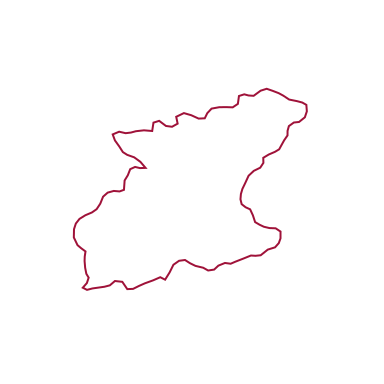 outline of São João do Oriente, Minas Gerais, Brazil, rotated 59°
{"feature_id": "56859067B69019136303684", "entity_name": "São João do Oriente", "entity_type": "district", "adm_level": 2, "iso_a3": "BRA", "parent_name": "Brazil", "parent_adm1": "Minas Gerais", "projection": "orthographic", "projection_center": [-42.171, -19.35], "detail": "fine", "context": "isolated", "style": "outline", "palette": "rose", "viewbox_px": 384, "rotation_deg": 59, "n_neighbors": 0, "source": "geoboundaries", "source_scale": "gbopen_adm2", "svg_char_len": 1811}
<svg xmlns="http://www.w3.org/2000/svg" viewBox="0 0 384 384"><g transform="rotate(59 192 192)"><path d="M275.5,182.4L276.8,174.2L279.4,170.4L281.6,165.7L280.4,156.7L282.2,149.3L280.5,143.9L277.3,140.0L271.5,136.5L266.2,139.0L262.8,144.2L258.8,148.3L254.9,150.9L250.3,153.4L243.3,151.8L236.8,151.1L232.7,153.9L228.0,155.7L223.2,154.2L218.9,151.1L215.3,147.2L211.9,142.0L207.2,135.1L205.7,128.2L206.3,121.0L203.8,115.8L199.4,113.3L199.4,106.9L200.3,100.2L200.3,95.3L197.8,91.0L195.1,86.3L192.7,81.0L188.8,78.6L185.4,75.0L184.9,68.9L187.1,64.2L186.1,56.8L182.0,52.0L176.2,49.1L172.1,51.4L168.2,55.2L162.8,61.1L156.3,64.2L151.9,66.8L146.9,70.7L142.0,74.8L140.5,81.0L141.3,89.6L138.4,93.8L135.2,96.9L133.9,102.3L140.1,107.3L140.4,113.5L136.7,119.2L133.3,125.1L130.6,132.3L132.3,138.3L135.4,143.1L132.5,148.5L125.8,153.1L120.2,158.3L119.4,166.8L126.0,169.1L125.8,175.5L122.0,180.3L114.1,183.5L112.7,189.3L119.2,194.7L114.4,201.4L111.0,208.8L109.6,213.7L107.4,218.6L102.8,223.4L101.8,230.3L108.1,231.5L115.4,230.9L122.2,230.7L126.8,228.4L132.5,223.7L139.6,220.7L147.4,219.4L144.7,224.3L141.2,227.9L140.6,233.2L144.6,238.4L147.4,243.8L151.1,246.4L155.1,249.2L154.2,253.8L150.8,258.5L149.1,264.6L150.2,270.6L154.8,276.7L157.6,282.6L158.0,288.3L157.0,295.4L157.1,302.3L159.2,307.8L163.1,312.3L170.1,316.7L178.6,317.5L183.0,316.0L188.1,313.9L192.1,317.2L195.8,319.6L201.9,322.6L207.7,324.7L212.2,324.7L215.9,329.0L217.8,334.9L221.8,332.4L223.4,327.0L225.6,321.8L228.1,315.9L229.7,310.5L228.6,303.9L233.1,298.0L241.9,297.5L244.7,292.4L245.2,285.9L246.0,279.5L247.7,270.8L248.7,263.1L253.3,260.2L249.4,252.6L244.8,245.4L244.3,238.5L246.7,233.0L252.0,230.4L257.1,227.1L262.7,221.4L267.6,218.6L269.9,213.0L268.7,207.3L269.8,200.3L273.4,195.8L274.1,190.6L275.5,182.4Z" fill="none" stroke="#9f1239" stroke-width="2"/></g></svg>